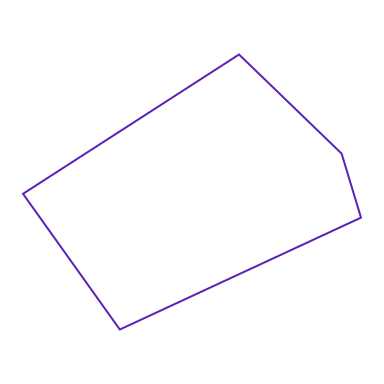 outline of Curepipe
{"feature_id": "MUS-5183", "entity_name": "Curepipe", "entity_type": "City", "adm_level": 1, "iso_a3": "MUS", "parent_name": "Mauritius", "parent_adm1": "", "projection": "robinson", "projection_center": [57.517, -20.322], "detail": "fine", "context": "isolated", "style": "outline", "palette": "violet", "viewbox_px": 384, "rotation_deg": 0, "n_neighbors": 0, "source": "natural_earth", "source_scale": "10m", "svg_char_len": 196}
<svg xmlns="http://www.w3.org/2000/svg" viewBox="0 0 384 384"><path d="M23.0,193.8L239.0,54.5L341.6,153.6L361.0,217.6L119.8,329.5L23.0,193.8Z" fill="none" stroke="#5b21b6" stroke-width="2"/></svg>